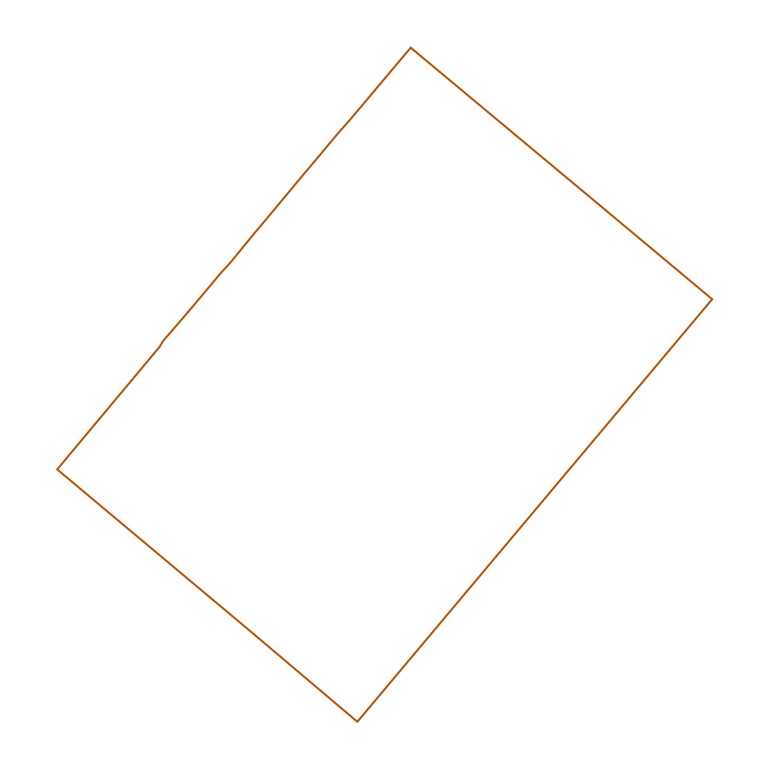 outline of Dickinson, Iowa, United States of America, rotated 310°
{"feature_id": "52423323B9004969002795", "entity_name": "Dickinson", "entity_type": "district", "adm_level": 2, "iso_a3": "USA", "parent_name": "United States of America", "parent_adm1": "Iowa", "projection": "mercator", "projection_center": [-95.113, 43.378], "detail": "fine", "context": "isolated", "style": "outline", "palette": "amber", "viewbox_px": 768, "rotation_deg": 310, "n_neighbors": 0, "source": "geoboundaries", "source_scale": "gbopen_adm2", "svg_char_len": 514}
<svg xmlns="http://www.w3.org/2000/svg" viewBox="0 0 768 768"><g transform="rotate(310 384 384)"><path d="M658.8,188.3L658.5,188.3L658.4,188.3L635.6,188.2L612.5,188.2L589.3,188.2L566.0,188.1L542.9,187.6L520.0,187.7L497.3,187.7L496.4,187.6L425.9,187.9L416.9,187.8L379.3,188.3L364.9,187.7L364.2,187.6L349.7,187.7L309.5,187.6L274.7,187.1L267.8,188.3L267.6,188.2L123.7,188.5L123.0,188.5L108.5,188.6L108.7,441.6L108.1,580.7L659.9,580.9L659.6,442.9L658.8,188.3Z" fill="none" stroke="#b45309" stroke-width="2"/></g></svg>